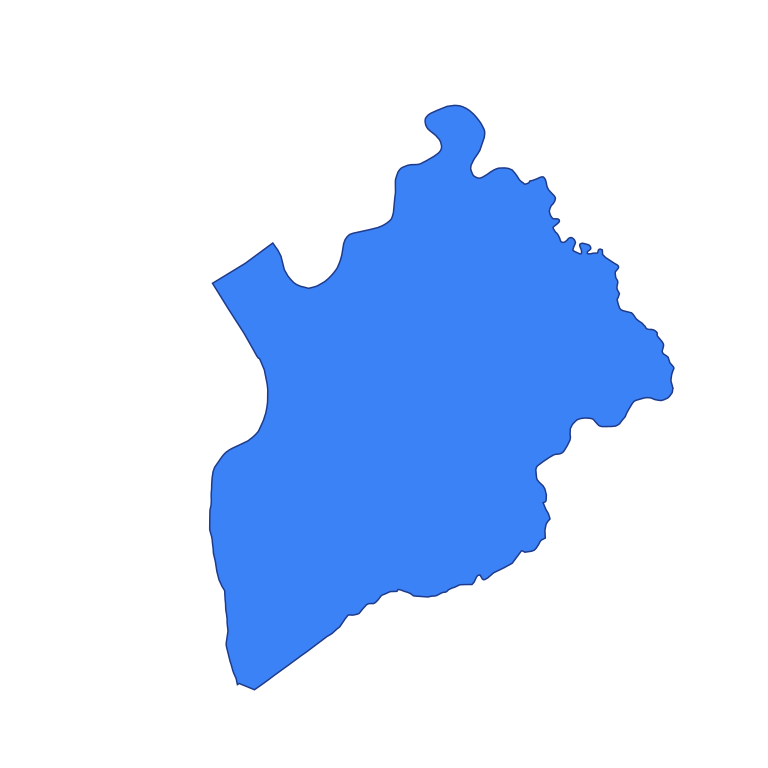 Nga Son, Thanh Hóa, Vietnam, rotated 153°
{"feature_id": "81297802B47963627673209", "entity_name": "Nga Son", "entity_type": "district", "adm_level": 2, "iso_a3": "VNM", "parent_name": "Vietnam", "parent_adm1": "Thanh Hóa", "projection": "mercator", "projection_center": [105.976, 20.004], "detail": "fine", "context": "isolated", "style": "filled", "palette": "blue", "viewbox_px": 768, "rotation_deg": 153, "n_neighbors": 0, "source": "geoboundaries", "source_scale": "gbopen_adm2", "svg_char_len": 6171}
<svg xmlns="http://www.w3.org/2000/svg" viewBox="0 0 768 768"><g transform="rotate(153 384 384)"><path d="M161.8,498.7L163.6,497.5L165.5,497.6L167.9,498.1L168.9,500.5L169.7,501.8L170.7,504.6L171.0,508.8L171.6,512.4L172.6,516.5L175.3,519.6L178.0,521.5L181.8,523.4L184.3,524.4L186.6,524.7L189.1,524.8L192.4,524.6L197.0,523.9L201.1,523.6L203.9,523.6L205.8,524.2L206.7,524.8L208.1,526.3L209.7,529.0L209.8,531.1L209.6,533.6L209.1,536.4L207.3,539.2L203.8,541.9L201.1,543.8L196.9,546.0L192.6,548.6L182.7,558.2L180.7,561.2L179.7,563.2L179.3,565.0L179.2,566.3L179.3,572.5L180.0,576.7L180.6,579.8L181.7,583.9L183.6,588.7L185.6,592.2L188.2,595.5L190.2,597.4L191.9,598.6L194.6,600.2L201.6,602.7L212.3,603.7L219.3,604.0L222.2,603.7L224.0,603.1L225.7,602.3L226.8,601.5L228.1,599.5L228.9,597.2L229.3,595.5L229.3,593.7L229.1,591.5L228.3,589.2L225.1,582.1L223.7,576.6L223.7,573.8L224.7,569.8L225.8,568.0L226.8,567.0L228.1,566.1L229.1,565.6L231.0,565.0L235.9,564.2L244.7,563.7L252.0,563.7L254.8,564.5L260.5,567.2L263.6,568.1L268.7,568.6L270.6,568.5L272.7,567.9L275.3,566.5L278.2,563.8L281.1,560.7L282.4,558.4L286.9,549.3L290.3,544.3L297.7,532.6L299.8,530.2L301.1,528.9L302.7,527.6L305.0,526.8L308.4,526.1L311.5,525.8L314.4,525.8L318.6,526.2L326.8,528.1L343.3,532.4L346.5,532.8L348.3,532.5L350.5,531.7L353.2,530.2L356.2,527.4L363.1,518.0L366.8,514.0L369.3,511.7L373.3,508.4L378.1,506.0L381.8,504.5L385.7,503.2L390.5,502.1L396.3,501.8L399.2,501.7L402.2,502.2L407.8,503.5L412.0,507.3L413.2,508.2L414.8,509.9L416.8,512.4L418.4,515.3L419.8,520.1L420.6,524.0L420.9,531.1L417.8,544.6L417.8,551.2L419.1,560.1L453.0,554.5L491.1,551.6L488.6,521.9L485.7,492.9L484.9,475.1L484.6,466.6L484.2,464.1L483.5,463.3L483.4,462.2L484.2,451.0L488.1,437.1L490.2,431.6L495.8,421.0L499.0,416.3L502.7,411.6L508.2,406.1L516.8,399.3L518.2,398.5L521.7,397.2L524.8,396.3L530.9,395.1L532.2,395.1L548.6,395.6L551.5,395.5L555.8,394.9L557.4,394.4L559.1,393.8L561.9,392.5L572.7,386.7L576.0,383.6L579.7,378.5L583.2,372.6L585.0,369.2L587.6,365.0L589.1,362.2L590.8,358.5L592.3,355.9L593.5,354.0L595.9,351.2L596.9,349.6L604.7,334.8L605.4,333.4L606.3,329.4L606.8,326.5L607.8,323.2L609.1,320.1L610.8,315.3L612.9,310.4L614.8,302.6L618.0,292.9L619.9,284.4L620.2,277.3L619.8,272.2L623.4,264.1L625.0,260.0L626.8,256.2L627.7,254.1L628.6,251.0L630.3,246.3L632.3,242.2L634.9,235.4L635.5,234.2L642.0,225.1L643.1,223.1L643.8,220.7L647.2,206.1L647.5,203.7L648.7,197.9L649.1,195.3L649.5,188.6L651.1,182.7L650.7,182.7L649.1,183.0L638.2,170.4L625.0,172.3L614.2,174.2L597.0,176.9L582.0,179.4L573.8,180.6L549.4,184.9L545.5,185.1L543.1,185.4L537.1,187.1L533.7,187.7L525.4,192.3L521.1,194.3L520.2,194.2L517.0,192.4L516.0,192.0L512.2,191.0L510.3,190.9L505.2,193.2L500.2,195.1L499.0,195.3L497.3,195.2L494.6,194.0L493.4,193.2L491.6,193.1L490.4,193.3L487.4,194.3L482.8,196.5L481.4,196.8L479.1,196.5L472.7,196.2L466.7,193.4L465.9,193.7L465.3,194.3L464.9,194.5L464.5,194.4L462.4,192.7L460.2,190.2L457.6,187.7L455.5,185.2L454.1,182.2L453.3,181.4L441.4,174.2L439.5,173.8L437.2,173.1L435.7,172.3L434.0,171.8L433.0,171.6L427.3,171.7L425.6,171.4L423.9,170.7L423.1,170.6L422.3,170.6L420.1,171.3L418.5,171.4L416.2,171.3L412.8,170.8L407.6,170.7L402.0,168.1L396.6,165.4L393.6,166.6L390.4,169.1L388.4,170.5L386.6,170.8L385.1,170.0L384.9,165.5L384.0,164.3L382.9,164.0L379.8,164.1L372.0,166.0L359.5,165.8L351.1,166.1L337.4,172.9L336.1,172.1L334.9,170.2L328.4,168.0L325.6,167.7L322.9,168.6L318.8,171.0L316.4,172.8L314.7,173.5L310.2,173.5L307.1,180.5L303.4,185.3L300.7,187.1L297.3,188.4L296.4,193.8L296.7,199.0L296.1,206.0L293.8,205.8L292.8,206.3L291.8,207.7L289.7,211.4L288.3,217.4L288.5,221.0L290.2,225.7L291.0,229.2L290.6,231.3L287.8,238.4L286.3,240.3L284.5,241.4L277.6,242.6L270.2,243.5L265.1,243.8L263.1,243.5L261.0,242.6L258.8,241.9L257.1,241.8L255.8,241.9L253.8,242.7L248.6,245.9L243.7,249.6L242.1,251.8L241.0,254.8L238.2,259.7L234.7,262.3L231.6,263.5L228.5,264.4L225.6,264.2L223.8,263.7L220.4,262.5L216.8,260.4L214.6,258.8L213.6,257.5L212.4,252.7L211.5,249.7L210.7,248.5L209.0,247.0L200.7,242.9L196.8,241.4L195.0,241.3L192.2,241.6L188.4,243.5L184.0,245.3L181.1,247.8L178.5,249.6L172.0,253.7L170.2,254.6L169.0,255.0L167.1,255.1L158.4,253.4L155.7,252.4L153.8,251.3L152.3,250.2L149.9,247.3L146.7,244.8L144.5,243.4L141.8,242.9L138.3,242.7L136.6,242.9L134.3,243.8L131.3,245.4L130.3,246.5L128.8,248.8L128.5,248.8L126.9,256.6L125.1,259.4L123.3,261.9L120.5,264.7L119.0,265.9L118.5,266.5L118.3,267.7L119.6,273.2L118.7,278.9L119.2,280.1L121.4,284.1L121.5,285.7L121.3,286.9L117.7,290.9L116.9,292.6L116.9,295.0L118.6,302.5L118.3,303.8L117.4,305.4L117.6,306.9L118.3,308.4L119.3,309.9L120.9,311.2L122.7,312.1L124.4,313.3L125.2,315.1L125.2,316.9L125.9,318.9L126.3,320.8L128.0,323.8L129.7,327.4L130.4,332.8L131.1,335.0L137.5,340.6L139.1,342.5L139.6,344.6L139.2,347.9L138.4,351.7L137.8,353.7L136.2,354.7L133.2,357.6L133.3,362.0L132.9,363.8L131.9,365.4L129.6,368.3L129.0,370.1L129.2,373.5L127.9,377.3L127.0,378.9L123.0,380.6L121.8,381.8L121.7,383.0L122.1,384.2L123.9,386.9L129.1,396.0L130.4,400.1L129.9,401.5L129.2,402.8L128.6,404.4L130.0,406.0L131.0,406.3L132.0,406.1L133.5,404.5L134.4,403.9L135.0,404.0L136.1,404.6L138.6,405.7L140.8,406.2L142.8,407.1L143.4,407.8L143.4,408.5L143.0,409.2L142.0,409.6L139.4,410.2L138.4,410.6L137.8,411.9L137.9,414.0L138.4,414.9L139.5,416.1L141.6,418.0L143.2,419.3L144.1,419.6L145.8,419.7L146.4,419.1L146.9,418.3L147.4,413.4L147.8,412.4L148.6,411.0L149.4,410.6L150.3,410.9L154.2,415.8L155.0,417.6L152.6,420.1L150.1,422.1L149.1,423.3L148.9,424.8L149.0,426.6L149.6,428.0L150.0,428.8L150.8,429.6L151.6,429.8L152.7,430.0L154.2,429.7L155.7,429.0L157.4,428.6L159.2,428.5L160.7,429.2L161.6,430.3L161.7,431.9L161.3,433.8L161.2,436.7L161.3,438.4L161.6,440.0L162.3,441.7L162.6,445.6L162.5,446.5L161.8,447.0L160.8,447.3L157.5,447.9L154.7,448.7L153.7,449.5L153.4,450.8L153.8,451.7L154.8,452.6L157.5,454.0L158.3,454.7L158.8,455.7L159.1,458.5L158.8,461.0L158.2,463.0L156.3,465.2L154.1,466.9L151.0,468.1L148.6,469.6L147.0,471.5L146.8,472.3L146.8,474.1L149.1,481.7L149.2,484.5L149.1,486.0L147.9,490.2L147.4,493.0L147.6,494.9L148.3,496.4L149.7,497.0L151.4,497.3L154.6,497.4L159.7,498.0L161.8,498.7Z" fill="#3b82f6" stroke="#1e3a8a" stroke-width="1.5"/></g></svg>